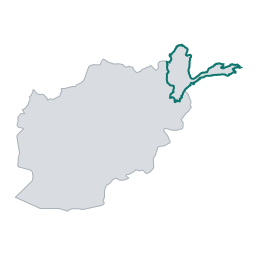 location of Badakhshan within Afghanistan
{"feature_id": "AFG-1760", "entity_name": "Badakhshan", "entity_type": "Province", "adm_level": 1, "iso_a3": "AFG", "parent_name": "Afghanistan", "parent_adm1": "", "projection": "orthographic", "projection_center": [71.727, 36.958], "detail": "fine", "context": "in_parent", "style": "outline", "palette": "teal", "viewbox_px": 256, "rotation_deg": 0, "n_neighbors": 0, "source": "natural_earth", "source_scale": "10m", "svg_char_len": 8875}
<svg xmlns="http://www.w3.org/2000/svg" viewBox="0 0 256 256"><path d="M114.0,64.0L119.3,63.8L122.9,64.6L124.7,66.6L126.6,67.2L128.5,66.3L129.6,66.2L130.0,66.8L130.9,67.1L132.3,67.1L133.1,67.7L133.2,68.8L134.2,70.3L136.0,72.1L137.6,72.6L139.9,71.3L140.6,71.5L141.0,71.1L141.2,70.1L142.6,69.2L145.0,68.4L146.4,67.7L146.9,67.1L147.7,66.9L148.6,67.1L149.2,66.9L149.7,66.0L150.6,65.7L151.3,65.9L154.5,69.2L155.8,70.2L156.4,70.0L158.1,68.3L158.4,66.8L158.0,64.7L158.3,63.1L159.4,61.8L161.4,61.1L164.4,60.9L166.2,61.1L166.8,61.7L167.7,62.1L168.8,62.2L169.9,61.5L170.9,59.9L170.9,58.0L170.1,55.7L170.4,55.0L171.9,53.9L173.5,52.2L175.0,50.0L176.5,47.3L178.3,45.7L180.4,45.1L182.9,45.8L186.0,47.9L187.1,50.5L186.3,53.6L186.3,55.3L186.9,55.6L190.3,55.0L190.8,55.5L190.8,56.3L190.3,57.6L189.6,61.3L188.5,70.3L190.0,75.6L191.0,77.7L192.0,78.4L193.1,78.7L194.1,78.5L196.2,77.1L199.4,74.6L202.5,73.0L207.0,72.1L208.5,69.3L210.6,67.5L215.3,64.8L217.8,63.7L219.3,63.5L222.9,64.4L223.1,65.3L222.9,66.1L221.9,66.9L221.6,67.4L222.0,67.9L223.4,68.0L229.7,66.0L231.0,64.3L232.4,64.2L235.0,64.8L237.0,64.5L238.1,65.2L240.6,67.5L239.9,67.7L238.7,67.2L238.1,66.5L235.6,67.6L232.8,69.1L232.9,69.5L235.5,71.6L230.3,74.2L228.0,75.6L227.4,75.6L223.9,74.5L214.0,75.0L206.5,75.8L203.6,77.1L200.9,77.7L199.5,78.3L198.6,79.6L194.4,82.4L193.7,83.4L191.3,83.3L188.9,86.1L185.4,89.3L184.7,90.8L185.2,91.6L187.1,92.8L187.9,93.9L189.2,97.0L189.8,99.2L190.6,100.2L191.0,102.8L190.2,104.3L190.2,105.1L191.3,107.1L191.0,107.7L190.1,108.6L188.7,111.2L186.2,113.0L185.2,114.7L183.4,116.5L182.7,118.1L181.9,118.9L181.1,119.4L181.3,120.2L182.0,121.3L183.1,122.4L183.0,127.1L182.4,128.5L179.2,129.7L176.1,130.3L172.4,130.2L171.0,130.0L165.8,128.2L164.1,129.0L163.8,131.1L166.7,134.5L167.9,136.4L169.2,139.6L170.2,141.2L169.8,142.7L164.3,145.9L160.9,146.2L158.7,146.7L157.6,147.5L156.8,151.1L156.0,152.3L156.0,153.9L155.2,155.6L154.1,156.7L153.3,158.5L153.7,167.9L150.4,171.6L148.6,172.8L146.9,173.4L145.5,173.1L143.8,171.0L142.6,170.1L141.4,170.2L140.1,170.9L138.2,170.6L136.5,169.8L135.6,169.9L135.1,170.6L133.2,172.1L128.7,174.4L126.9,174.5L126.1,175.1L126.3,176.1L127.1,176.9L128.5,177.6L128.5,178.2L126.2,179.4L123.8,180.1L121.2,180.3L118.4,179.7L117.0,178.5L115.4,178.3L113.8,179.1L112.2,180.3L109.8,183.4L106.5,185.3L105.6,187.3L104.5,190.9L104.5,196.3L104.0,198.7L103.2,200.2L103.3,201.5L104.3,202.9L103.8,203.8L102.9,204.8L102.0,205.3L84.0,209.3L81.1,209.3L79.6,208.9L74.6,208.6L72.5,208.8L70.4,209.3L68.8,210.1L67.5,211.3L65.5,210.4L59.0,208.5L41.1,208.6L39.4,208.1L15.4,197.3L32.2,180.8L32.7,179.3L33.0,176.4L32.5,172.3L31.1,170.3L18.0,166.7L17.8,163.5L18.2,162.2L18.2,159.5L18.4,157.4L19.4,154.1L19.5,152.6L16.9,136.9L17.1,135.4L19.9,132.2L23.3,129.1L23.3,128.5L21.7,127.9L19.4,127.6L18.2,127.0L17.3,125.9L17.1,124.5L18.0,122.1L17.9,117.3L20.7,113.6L24.5,113.8L22.9,110.6L22.5,110.3L22.4,109.8L22.7,109.3L23.7,109.2L26.2,107.6L26.4,106.6L28.5,104.1L28.5,102.8L30.1,99.7L29.6,97.4L29.7,96.3L31.1,95.7L32.3,92.7L32.9,92.0L33.0,91.3L32.8,90.0L34.1,89.9L35.1,91.6L36.8,93.5L37.9,94.1L39.4,94.5L42.7,94.3L43.4,94.5L46.6,97.7L47.2,98.5L47.3,99.7L47.9,100.1L49.2,99.1L50.4,98.8L52.6,99.4L53.8,99.1L59.8,96.0L60.4,93.8L61.0,92.5L61.9,91.8L61.2,89.1L61.5,88.6L62.3,88.4L64.2,88.6L72.9,86.4L75.1,86.6L75.7,86.4L75.9,85.6L76.6,84.8L80.7,83.0L83.2,81.0L84.2,79.4L88.9,66.4L91.0,65.4L93.2,64.7L100.1,64.9L101.7,60.9L102.4,60.0L103.7,59.1L108.6,62.3L114.0,64.0Z" fill="#d9dde1" stroke="#a8b0b8" stroke-width="1"/><path d="M239.2,67.9L238.3,66.4L238.0,66.3L237.4,67.0L237.0,67.1L236.9,67.3L236.6,67.7L236.4,67.7L236.1,67.4L235.2,67.7L234.7,67.7L234.5,67.8L234.3,68.5L234.1,68.7L233.9,68.9L233.6,68.9L233.0,68.9L232.8,69.0L232.8,69.3L233.0,69.7L233.5,70.1L234.5,70.5L234.7,70.8L235.1,71.5L235.5,71.6L235.6,71.8L235.6,72.0L235.4,72.8L235.2,72.8L234.9,72.6L234.6,72.1L234.2,72.0L233.9,72.0L233.3,72.2L232.9,72.6L231.6,73.4L230.9,74.0L230.6,74.2L229.6,74.1L229.3,74.1L229.1,74.3L229.0,74.6L229.0,75.2L228.8,75.4L227.9,75.7L227.5,75.8L226.6,75.5L225.3,74.7L224.9,74.5L223.9,74.4L221.9,74.3L219.9,74.7L219.0,74.6L218.0,74.8L217.3,74.7L216.5,75.0L216.3,75.0L215.1,74.8L212.9,75.1L212.6,75.2L212.1,75.6L211.9,75.5L211.4,75.4L211.0,75.5L210.7,75.7L210.2,75.8L208.9,75.9L207.6,75.7L206.6,75.8L205.7,76.0L204.9,76.4L204.0,77.2L203.7,77.3L203.0,77.3L202.4,77.5L201.7,77.5L200.3,77.8L199.7,78.1L199.4,78.3L199.4,78.5L199.6,78.9L199.7,79.2L199.4,79.4L198.6,79.5L198.0,79.7L197.9,79.9L198.0,80.2L197.9,80.4L197.7,80.6L197.1,80.8L196.8,80.9L196.5,81.2L195.8,81.6L195.2,82.2L195.0,82.3L194.0,82.3L193.7,82.5L193.7,83.1L193.9,83.6L194.0,83.9L193.8,84.1L193.6,84.2L193.3,84.2L193.1,84.1L192.7,83.6L191.8,83.0L191.5,82.9L191.2,82.9L191.0,83.1L190.7,84.0L190.2,84.6L190.1,84.9L190.4,85.4L190.1,85.6L189.4,85.7L189.2,85.9L188.0,87.2L187.7,87.5L186.7,87.8L186.6,88.3L186.5,88.5L185.3,89.2L185.2,89.4L185.1,89.8L184.5,90.4L184.4,90.7L184.4,91.0L184.0,91.4L183.5,92.2L183.2,92.5L183.0,92.9L182.9,93.9L182.8,94.3L182.1,95.4L181.5,95.7L181.4,95.8L181.3,96.3L181.3,96.5L181.7,96.8L181.9,97.0L182.0,97.1L182.0,97.3L181.9,97.4L181.5,97.8L181.2,98.3L180.6,98.6L180.1,98.5L179.9,98.6L179.7,99.1L179.8,99.5L179.7,99.7L179.8,100.0L180.0,100.7L179.9,100.9L179.7,101.3L179.3,101.3L178.6,101.1L178.0,101.2L177.6,101.0L176.9,100.3L176.6,100.4L176.4,100.8L176.3,101.0L176.3,101.4L176.1,101.6L175.6,101.9L175.2,102.1L174.7,102.0L174.6,101.7L174.6,101.0L174.7,100.5L174.9,100.0L174.9,99.7L174.7,99.4L174.1,98.6L173.9,98.0L173.8,97.8L172.9,97.5L172.5,97.2L172.3,97.2L172.1,97.2L171.8,97.3L171.3,97.8L170.9,97.9L170.0,97.7L170.1,97.4L170.2,96.3L170.3,96.0L170.3,95.1L170.7,94.3L170.9,94.1L171.1,93.7L171.5,93.5L172.2,93.1L172.7,92.5L173.5,92.2L173.6,91.9L173.5,91.7L173.1,91.1L173.1,90.8L173.3,90.4L173.3,90.0L173.6,89.0L173.8,88.7L173.9,88.1L173.8,86.1L173.6,85.9L173.3,85.7L172.8,85.7L172.1,85.7L171.1,85.4L170.6,85.3L170.2,85.3L170.0,85.2L169.8,85.0L168.8,83.7L167.9,83.1L167.3,82.7L167.2,82.5L167.3,81.6L167.0,80.9L166.8,79.7L166.8,79.0L166.9,78.2L166.9,73.9L167.4,73.6L167.5,73.2L167.7,72.8L168.1,72.7L168.3,72.5L168.4,72.3L168.7,71.7L168.4,71.1L168.2,70.7L167.6,70.3L167.5,70.1L167.4,69.9L167.4,68.9L167.0,67.7L167.0,67.2L167.1,66.1L167.3,65.7L167.6,65.1L167.1,64.9L167.1,64.7L167.0,62.4L167.1,62.0L167.3,62.1L167.8,62.2L167.7,62.1L168.1,62.1L168.5,62.3L169.0,62.4L169.4,62.2L169.9,61.6L170.0,61.5L170.3,60.8L170.7,60.8L170.8,60.7L170.9,60.4L170.9,60.1L171.2,59.7L171.3,59.2L171.3,58.9L171.2,58.1L171.2,57.9L171.0,57.5L170.9,57.3L170.8,57.0L170.7,56.8L170.1,56.6L169.8,56.2L169.6,55.6L169.6,55.1L169.8,54.6L170.0,54.8L170.4,54.9L170.7,54.9L171.1,54.7L170.9,54.4L171.0,54.1L171.4,53.9L171.6,53.7L172.1,53.4L172.8,52.5L173.4,51.8L173.6,51.7L174.1,51.5L174.2,51.4L174.4,51.0L174.8,50.0L175.3,49.1L175.4,48.7L176.0,48.4L176.2,47.8L176.2,47.3L176.2,47.1L176.4,47.0L176.7,47.0L176.8,47.0L177.4,46.6L177.5,46.4L177.2,46.1L177.5,45.8L178.3,45.7L178.6,45.3L178.9,45.2L179.3,45.2L179.9,45.4L180.1,45.1L180.3,45.1L180.9,45.4L181.2,45.5L181.4,45.3L181.3,44.9L181.5,44.8L181.8,44.7L182.2,44.9L182.5,45.2L182.7,45.7L182.8,45.9L182.9,46.0L183.3,45.9L183.9,46.2L184.5,46.6L185.4,47.6L186.6,48.1L187.1,48.4L187.5,49.0L187.6,49.8L187.5,50.3L187.2,51.1L187.1,51.6L186.8,52.2L186.6,52.9L186.2,53.8L186.1,54.3L185.9,54.7L185.9,54.9L186.0,55.1L186.3,55.2L186.9,55.6L187.2,55.8L187.8,55.4L189.6,54.8L190.1,54.8L190.6,55.1L191.0,55.7L190.9,55.8L191.0,56.4L191.0,56.9L190.9,57.2L190.7,57.6L190.1,57.9L190.0,58.3L190.2,59.1L190.0,59.8L189.9,60.6L189.6,61.1L189.5,62.0L189.7,63.5L189.6,64.2L189.4,64.7L189.4,64.9L189.5,65.7L189.5,66.5L189.4,66.9L189.4,67.1L189.3,67.6L188.8,68.6L188.8,69.0L188.7,69.2L188.6,69.5L188.5,70.3L188.5,71.4L188.5,71.6L188.9,72.2L188.9,72.5L188.9,73.2L189.0,73.7L189.1,74.0L190.0,75.4L190.1,75.8L190.2,76.7L190.3,77.0L190.7,77.7L191.2,78.3L191.8,78.6L192.5,78.8L193.3,78.8L194.0,78.6L194.6,78.4L199.0,75.1L199.4,74.6L199.9,74.3L200.4,73.7L201.0,73.3L202.5,72.6L203.2,72.5L204.3,72.7L204.8,72.4L207.0,72.1L207.2,71.9L207.2,71.5L207.9,70.5L208.5,69.0L209.0,68.4L209.6,68.0L210.3,67.9L210.7,67.8L211.0,67.4L212.1,66.7L213.1,66.6L213.4,66.4L213.6,66.1L213.9,65.5L214.1,65.3L214.7,64.8L214.8,64.7L215.1,64.9L215.3,64.8L216.0,64.0L216.2,63.8L216.5,63.7L216.9,63.6L217.3,63.7L217.5,63.8L217.8,63.9L218.7,63.4L219.4,63.3L221.2,64.0L222.2,64.2L222.9,64.2L223.4,64.2L223.3,64.9L223.3,65.7L223.2,66.0L223.0,66.3L222.7,66.5L221.9,66.7L221.6,66.8L221.3,67.1L221.1,67.5L221.2,67.8L221.4,68.0L222.1,67.8L222.4,67.8L222.8,68.3L223.0,68.3L223.2,68.1L223.4,68.0L224.0,68.1L224.7,67.5L225.0,67.4L225.7,67.3L226.5,66.9L226.8,66.8L228.0,66.3L229.6,66.0L230.0,65.8L230.2,65.5L230.3,64.8L230.5,64.6L230.9,64.5L231.3,64.6L231.7,64.6L231.9,64.1L231.9,64.3L232.1,64.2L232.3,64.2L232.4,64.3L232.7,64.6L232.8,64.7L233.4,64.7L234.0,64.6L235.0,65.0L236.6,64.8L237.1,64.5L239.0,65.7L239.5,66.1L240.2,67.3L240.6,67.5L239.5,67.9L239.2,67.9Z" fill="none" stroke="#0f766e" stroke-width="2"/></svg>